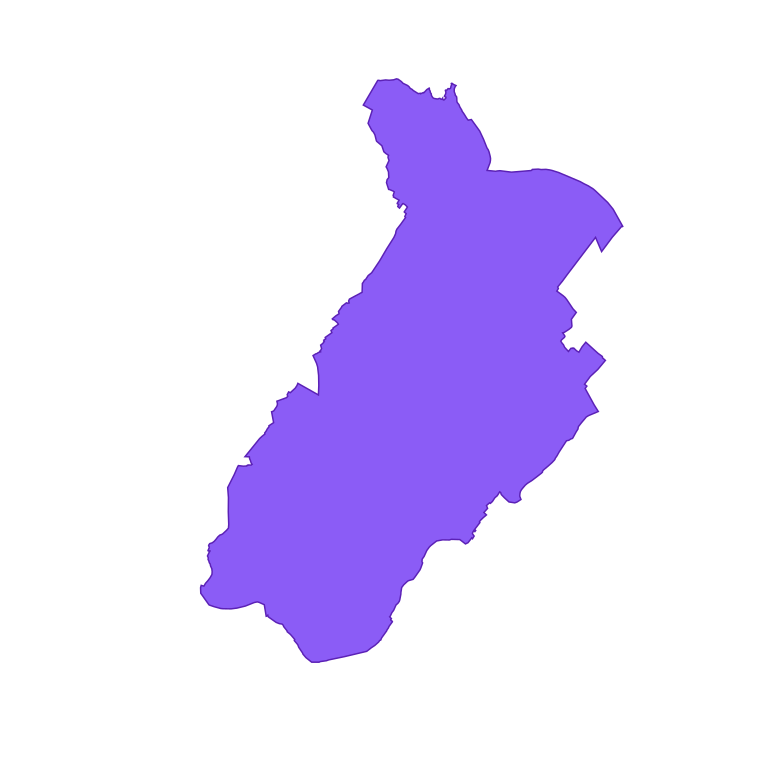 the district of Bang Sai, Phra Nakhon Si Ayutthaya, Thailand, rotated 217°
{"feature_id": "78962969B26505935473539", "entity_name": "Bang Sai", "entity_type": "district", "adm_level": 2, "iso_a3": "THA", "parent_name": "Thailand", "parent_adm1": "Phra Nakhon Si Ayutthaya", "projection": "robinson", "projection_center": [100.488, 14.22], "detail": "fine", "context": "isolated", "style": "filled", "palette": "violet", "viewbox_px": 768, "rotation_deg": 217, "n_neighbors": 0, "source": "geoboundaries", "source_scale": "gbopen_adm2", "svg_char_len": 6171}
<svg xmlns="http://www.w3.org/2000/svg" viewBox="0 0 768 768"><g transform="rotate(217 384 384)"><path d="M236.9,160.1L235.4,165.7L234.0,169.7L233.0,174.7L233.1,176.6L232.5,177.5L233.1,179.8L233.3,188.4L233.6,189.5L233.7,192.0L234.1,193.3L234.2,199.1L234.5,199.5L236.1,199.4L236.8,199.7L237.0,200.0L236.8,200.7L236.9,201.1L239.4,201.5L239.3,202.4L240.1,206.1L240.1,209.1L241.4,214.7L240.9,217.4L241.0,219.6L241.5,221.1L244.0,226.2L245.1,227.8L247.4,232.1L247.4,235.5L246.5,240.7L246.0,241.8L243.2,245.5L243.1,248.0L243.4,257.1L243.9,259.3L245.5,264.4L246.7,264.9L248.1,267.1L248.2,270.4L249.6,276.7L249.7,280.8L249.4,283.1L247.5,290.3L243.4,294.8L237.9,298.8L236.7,300.5L229.8,305.4L222.7,305.3L221.4,307.8L221.3,313.9L220.2,313.7L220.5,316.8L223.3,317.7L223.7,318.3L224.1,320.9L222.6,320.8L222.6,322.2L224.1,322.5L224.0,331.0L224.7,331.2L224.9,331.5L224.9,333.1L224.3,337.0L223.4,341.1L226.9,341.5L226.4,347.0L229.0,348.6L228.2,352.6L227.2,352.7L226.7,355.4L227.0,359.9L226.3,362.9L226.7,367.5L225.5,367.5L223.8,366.3L219.4,365.6L213.2,365.0L208.0,367.8L206.7,369.8L205.1,374.2L208.1,376.1L209.4,378.1L210.3,380.1L210.6,382.3L210.5,385.0L210.3,388.2L209.7,390.9L207.7,396.3L204.6,407.5L204.4,408.9L204.9,409.7L204.9,411.3L203.6,416.9L202.5,422.4L202.2,425.2L202.1,426.5L202.5,427.7L202.6,430.7L203.2,435.0L204.1,448.5L202.5,450.3L201.8,452.4L200.9,453.6L200.7,454.4L201.7,461.2L202.0,464.8L202.8,466.2L203.1,467.1L203.0,471.7L202.6,479.4L201.6,481.9L196.3,491.0L203.6,493.8L220.7,501.5L220.7,504.4L223.7,504.5L223.8,514.1L222.0,524.3L221.4,536.1L225.2,536.4L226.1,537.3L226.6,537.4L231.6,537.3L248.0,538.8L248.2,532.9L247.5,526.7L250.2,526.4L254.1,526.9L254.4,526.1L255.4,526.0L255.5,525.4L256.2,524.9L256.3,521.0L261.8,522.0L264.4,523.4L266.1,523.7L268.6,524.6L268.7,526.4L268.0,529.7L268.1,530.8L268.7,531.3L272.1,532.4L271.1,533.7L269.2,538.9L268.4,542.1L268.8,543.4L273.3,548.5L273.5,556.9L278.4,557.8L288.8,561.4L291.5,562.1L294.1,562.3L301.9,562.2L302.2,565.2L303.7,566.0L303.4,573.6L303.5,581.0L303.3,628.4L289.9,620.7L290.0,638.7L289.0,653.3L287.6,653.3L306.2,661.5L314.6,663.6L331.4,665.5L334.2,665.7L340.1,665.2L344.7,664.3L349.1,663.7L371.8,658.0L378.3,655.7L380.7,654.6L383.8,652.9L387.5,649.9L390.2,648.4L394.7,644.6L394.7,643.5L395.1,642.9L409.7,629.9L419.8,624.1L422.1,622.0L422.7,621.2L430.2,616.6L432.5,624.6L433.6,626.7L434.7,628.3L436.3,629.8L439.8,632.6L441.6,633.7L444.0,634.6L451.7,639.3L459.8,643.6L473.4,647.8L475.5,645.4L477.6,645.9L482.7,647.9L485.9,648.9L486.4,649.4L490.3,651.0L492.2,652.2L494.9,652.9L495.9,653.6L498.0,656.2L499.1,657.2L500.9,657.5L501.3,658.1L503.8,659.7L505.5,662.0L506.1,664.3L506.1,665.7L508.6,665.1L510.5,665.1L511.1,664.7L511.1,664.4L510.0,663.6L509.8,662.3L509.1,660.9L508.9,660.0L509.4,659.1L510.6,658.5L510.7,656.5L511.7,655.7L511.5,655.1L510.6,654.7L509.8,653.7L509.1,652.0L509.2,651.1L508.9,650.2L508.0,650.1L507.4,650.4L506.7,649.8L506.9,647.3L507.2,646.8L508.2,646.6L509.2,647.6L509.2,646.6L509.5,645.9L510.0,645.7L511.2,645.8L511.8,645.3L512.4,644.2L513.1,643.6L515.9,642.2L516.7,642.0L518.1,642.3L519.9,643.1L520.9,644.2L522.4,644.7L523.4,645.7L525.1,646.5L525.6,647.3L526.0,647.5L527.0,644.9L527.4,640.7L527.7,640.3L528.0,640.4L529.4,637.9L529.8,638.1L531.5,636.5L537.3,636.0L538.8,636.2L540.9,635.9L543.0,636.5L544.8,636.6L549.7,635.6L552.2,636.0L556.2,635.9L557.7,635.2L559.4,632.7L562.7,629.7L565.7,627.8L569.8,623.8L570.8,623.5L571.7,622.7L568.4,594.3L558.2,595.8L553.6,582.6L547.2,579.6L545.9,579.1L544.0,578.8L541.6,577.7L540.8,577.2L536.5,573.7L535.8,573.4L529.1,573.0L523.9,569.4L521.2,569.2L518.0,569.4L517.8,568.5L517.1,567.3L514.5,565.5L513.0,558.7L511.3,558.0L508.1,556.1L504.4,551.7L504.5,549.1L503.2,546.3L497.4,542.2L496.7,542.6L492.6,543.6L491.4,543.6L490.2,540.1L489.6,539.9L489.0,539.0L482.6,539.9L482.2,536.2L481.9,536.0L480.3,536.2L480.0,534.4L479.8,534.0L477.5,533.8L477.6,539.2L477.4,539.6L474.7,539.9L471.8,539.4L471.4,533.6L471.2,533.5L468.8,533.4L468.2,530.3L467.0,529.9L466.8,521.4L466.9,515.4L466.4,513.3L465.2,511.0L464.3,507.0L463.2,493.5L461.6,479.7L460.8,465.4L461.9,461.1L461.6,456.7L462.1,454.9L461.8,452.9L461.8,451.3L456.7,444.1L462.7,431.0L462.2,429.0L460.6,427.8L461.6,426.6L462.6,426.4L462.9,426.1L464.4,420.7L464.1,419.8L464.0,414.6L462.3,413.2L462.2,413.0L463.5,409.4L464.5,404.9L463.9,404.6L462.0,405.2L458.4,404.9L456.9,404.5L456.4,404.2L458.4,398.0L457.8,397.5L458.5,394.8L456.5,393.6L459.0,385.8L457.7,385.0L458.5,382.7L457.4,382.2L457.6,381.4L457.2,381.0L457.5,378.9L458.0,376.9L455.1,374.7L454.8,372.5L455.0,371.6L454.1,371.5L455.5,369.3L455.9,367.9L456.6,367.1L457.8,364.0L450.3,359.9L447.3,357.7L441.4,351.5L435.2,343.6L429.8,335.8L453.2,332.7L452.6,330.5L452.4,327.2L453.6,320.7L455.4,320.3L454.9,317.2L453.5,316.3L453.6,314.5L459.2,305.8L457.1,304.0L456.4,302.6L456.1,301.0L455.9,296.0L457.1,294.2L448.9,286.7L450.8,281.4L450.1,280.6L450.2,278.1L449.8,275.4L449.8,273.1L449.0,272.4L449.9,268.9L450.5,265.6L451.3,242.3L447.7,244.8L446.3,243.4L444.8,242.6L442.7,241.1L441.8,240.7L441.0,240.5L441.4,239.2L443.9,237.5L443.8,237.1L444.4,236.4L444.3,235.9L446.9,233.7L451.2,231.2L451.0,229.5L449.1,221.6L446.5,207.2L439.9,199.7L431.5,188.3L423.5,178.4L421.5,175.3L421.7,172.4L422.6,167.3L423.0,166.3L424.2,164.5L424.7,161.8L424.7,159.0L424.9,156.2L425.6,153.8L427.1,151.7L427.1,150.4L426.7,149.2L425.8,148.9L425.1,148.1L424.3,145.0L423.8,144.9L422.6,146.0L422.4,145.8L422.3,144.2L421.5,140.4L419.8,139.5L418.8,137.9L417.6,137.4L415.9,136.1L414.6,135.7L413.0,134.3L410.3,132.8L408.3,130.7L406.8,128.4L406.3,124.7L406.3,120.9L406.6,117.3L406.2,114.3L406.4,114.1L408.8,113.2L408.0,111.1L407.4,110.3L404.4,106.6L390.9,102.3L390.3,102.4L385.7,103.9L379.2,106.5L377.4,107.6L370.8,112.4L366.6,116.5L361.1,123.2L356.1,131.4L354.1,133.7L352.5,134.4L346.8,135.7L338.3,127.6L338.0,128.0L337.7,129.4L336.8,128.6L336.0,128.4L326.7,128.7L323.4,129.6L321.0,130.9L319.9,130.8L318.9,130.5L318.2,129.9L312.8,128.5L312.3,127.9L308.1,127.7L301.6,126.3L301.4,125.3L301.2,125.1L296.0,123.9L293.6,122.4L287.0,120.1L286.2,119.5L281.7,118.5L274.4,118.3L268.4,122.8L267.8,124.0L263.4,128.4L262.1,130.4L251.3,142.7L236.9,160.1Z" fill="#8b5cf6" stroke="#5b21b6" stroke-width="1.5"/></g></svg>